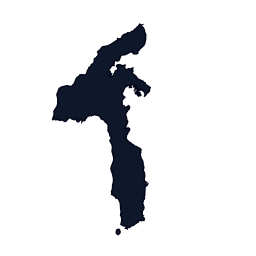 Dompu, Nusa Tenggara Barat, Indonesia, rotated 225°
{"feature_id": "22746128B31420255543838", "entity_name": "Dompu", "entity_type": "district", "adm_level": 2, "iso_a3": "IDN", "parent_name": "Indonesia", "parent_adm1": "Nusa Tenggara Barat", "projection": "natural_earth1", "projection_center": [118.191, -8.494], "detail": "fine", "context": "isolated", "style": "filled", "palette": "ink", "viewbox_px": 256, "rotation_deg": 225, "n_neighbors": 0, "source": "geoboundaries", "source_scale": "gbopen_adm2", "svg_char_len": 5975}
<svg xmlns="http://www.w3.org/2000/svg" viewBox="0 0 256 256"><g transform="rotate(225 128 128)"><path d="M187.3,80.7L186.6,81.2L186.7,82.1L186.1,82.9L185.1,82.6L184.8,83.3L183.9,83.8L183.2,84.7L181.4,85.3L180.8,86.7L176.8,88.4L176.7,90.1L177.1,91.2L176.8,92.3L177.0,93.1L176.5,94.1L175.4,94.7L174.2,94.7L172.4,95.5L171.8,96.0L171.5,97.5L171.0,98.4L170.5,98.2L170.5,97.7L169.5,96.7L167.8,97.0L167.3,97.6L167.6,99.1L167.2,100.2L167.5,100.8L167.0,101.3L166.2,101.2L165.1,100.0L165.4,101.3L164.1,102.2L163.9,102.9L164.0,103.6L165.0,104.5L164.5,105.4L165.1,106.2L164.7,107.0L164.5,108.3L165.1,109.5L163.8,109.6L162.8,110.8L162.5,110.8L162.4,112.4L161.5,112.6L161.5,113.3L160.7,114.4L159.7,114.5L159.4,115.0L157.8,115.9L156.8,116.0L156.0,116.6L155.0,116.0L154.3,116.1L153.7,115.5L151.1,116.4L150.6,117.0L149.3,116.3L147.6,116.2L146.8,116.6L143.9,116.0L140.3,112.1L138.3,111.3L137.1,111.4L136.2,110.3L134.8,109.6L133.2,109.6L132.1,107.6L131.9,106.2L127.9,105.1L125.6,103.7L122.7,100.2L117.5,97.2L115.1,94.9L112.4,88.8L111.4,87.3L109.3,85.9L106.5,84.7L102.2,81.8L100.0,79.4L98.7,77.0L96.0,74.1L94.6,71.2L93.0,70.3L92.6,69.4L91.9,70.2L90.5,69.9L89.5,70.6L86.9,69.9L85.9,70.9L84.4,71.0L80.2,69.4L76.4,66.0L73.7,64.0L71.4,60.9L69.2,60.4L68.7,59.6L67.3,58.7L64.8,54.8L62.0,55.6L60.2,57.3L59.1,56.7L58.9,55.4L58.1,56.1L57.3,56.1L57.9,57.8L56.4,59.0L56.8,60.8L55.3,62.9L55.4,64.7L54.9,65.6L54.8,67.2L54.2,68.8L54.8,69.8L54.8,70.8L52.9,72.1L52.3,73.6L51.4,73.8L52.0,75.2L52.9,75.6L55.1,75.5L55.5,76.0L55.3,76.3L55.2,75.7L55.4,76.6L56.1,76.5L57.5,77.5L59.1,79.3L59.5,81.5L60.6,83.2L64.6,85.2L65.3,86.7L66.3,87.6L66.2,88.8L66.5,89.8L68.1,91.1L68.9,92.7L70.4,93.8L70.6,94.4L74.1,98.2L74.3,99.6L74.0,101.2L74.3,101.9L74.6,100.7L75.7,100.5L76.4,101.1L76.0,102.6L78.6,102.3L79.4,102.5L81.0,103.8L81.4,104.9L83.0,106.5L84.8,107.9L87.6,109.0L88.5,110.8L89.8,112.0L91.4,112.5L92.1,113.6L94.8,115.2L97.3,115.8L101.3,118.2L101.4,119.5L102.1,119.7L103.5,121.9L104.5,122.1L109.2,120.7L110.4,119.9L111.8,119.7L112.5,120.0L114.1,119.2L114.9,119.5L115.9,119.1L119.8,118.7L120.9,119.1L121.8,119.0L124.0,121.9L124.3,123.8L125.1,125.1L125.3,125.8L125.0,126.1L125.3,126.4L125.3,127.2L126.0,128.3L126.8,128.6L127.5,128.4L128.1,128.0L128.6,126.7L128.5,125.9L129.1,125.6L129.3,126.2L129.7,126.2L130.6,125.5L130.6,126.6L130.2,127.1L131.2,128.6L131.6,128.6L131.7,129.1L131.3,129.3L132.0,130.3L132.0,131.1L132.7,132.2L133.4,132.7L134.2,132.6L136.7,134.5L137.9,134.9L139.4,136.1L140.2,137.4L140.2,139.1L140.9,140.6L140.6,141.2L140.7,142.5L141.9,144.1L143.4,144.1L143.7,143.3L143.5,142.3L144.2,141.7L144.2,140.6L144.6,140.2L145.9,140.2L146.7,140.9L147.1,140.2L148.3,140.0L151.8,143.3L152.1,147.5L154.4,147.1L155.2,147.7L155.9,147.4L156.6,148.2L157.0,148.2L157.2,149.0L157.0,149.5L158.8,154.2L158.8,155.5L158.0,158.1L157.3,159.2L156.5,159.4L155.8,157.8L155.3,157.8L155.2,158.7L154.6,159.0L155.5,159.5L155.5,160.1L156.3,161.2L155.6,162.2L154.6,162.6L153.3,160.9L152.7,161.6L152.9,162.9L151.7,164.1L151.1,163.4L151.6,162.6L151.1,161.1L150.2,160.6L150.3,161.2L149.5,161.6L149.7,162.0L149.3,162.4L148.2,162.0L148.1,161.6L147.9,161.8L147.8,162.4L148.4,162.8L148.1,163.9L146.8,164.1L146.7,163.3L146.6,163.8L146.2,163.9L146.2,163.5L145.2,165.0L144.4,164.7L143.7,165.4L143.0,164.9L141.9,165.2L141.3,164.6L139.8,164.2L138.6,161.6L138.9,163.5L138.8,164.7L139.3,166.4L138.8,167.4L139.0,169.3L140.1,170.5L140.9,172.3L146.0,171.3L147.0,171.4L147.7,172.0L148.9,171.4L150.2,171.7L155.9,169.6L159.1,170.2L163.4,169.7L164.5,170.4L164.5,171.4L166.5,172.9L166.9,173.8L167.5,173.2L167.6,171.3L169.2,170.8L170.6,167.8L171.5,167.6L172.6,168.0L173.7,168.7L174.2,169.9L174.4,169.5L174.8,170.0L176.3,167.6L177.8,167.5L178.2,166.5L179.1,166.5L180.0,165.3L180.2,164.5L179.9,163.7L177.3,163.2L176.4,161.4L176.4,160.9L177.3,159.7L175.4,154.9L175.7,153.6L176.6,152.1L177.2,151.7L178.1,151.7L178.2,153.2L178.5,153.6L178.5,154.3L178.7,154.5L179.5,154.6L180.6,154.1L180.5,155.1L180.9,155.4L182.1,155.0L182.8,155.2L183.0,155.6L182.9,157.6L183.7,160.5L182.2,162.3L183.0,162.6L183.1,163.2L183.7,163.1L183.7,164.0L184.9,165.6L184.5,166.9L182.7,168.0L182.2,169.5L184.0,173.6L184.1,175.3L182.4,177.0L181.7,178.6L181.0,180.1L180.2,183.5L177.7,185.1L176.9,184.4L176.5,184.4L174.6,186.3L173.9,187.7L174.9,188.5L175.4,189.5L175.2,191.3L175.8,192.8L175.3,194.1L175.3,196.4L175.6,197.1L175.3,197.7L175.8,199.2L178.1,203.0L181.2,206.2L182.2,207.0L183.7,207.3L185.5,208.7L188.0,209.7L189.3,209.7L190.2,208.6L191.1,208.8L191.3,209.1L191.1,210.7L191.8,209.8L193.1,209.7L192.6,207.3L192.9,206.0L192.6,204.0L193.0,202.7L192.8,200.3L193.5,199.2L194.0,196.3L195.5,195.2L195.8,193.3L197.1,190.9L197.0,188.8L196.0,186.7L197.2,184.7L198.5,183.9L197.3,182.5L197.7,182.2L198.4,179.4L199.4,174.2L200.7,171.2L203.5,167.2L203.0,163.8L203.4,160.4L201.4,159.5L200.5,158.4L200.2,155.4L200.7,153.3L198.8,151.0L198.1,149.2L198.7,147.2L197.9,144.6L198.3,143.0L197.8,142.8L197.3,140.0L195.7,137.3L195.5,136.4L196.2,134.8L197.7,133.4L198.4,133.1L199.5,131.5L199.3,129.3L199.7,127.8L199.5,126.3L197.4,121.3L197.3,117.7L198.8,115.9L199.8,115.7L201.4,114.3L204.0,109.8L204.6,107.3L201.9,101.3L198.3,99.1L194.6,95.2L193.4,92.9L192.6,89.0L192.1,87.4L189.8,85.4L187.7,81.3L187.3,80.7ZM61.6,45.3L59.7,45.6L59.3,47.3L60.0,48.9L62.3,50.1L63.5,49.2L63.8,47.7L62.4,45.8L61.6,45.3ZM144.4,159.2L144.0,158.4L143.2,158.1L143.2,158.6L142.8,159.1L143.4,159.6L142.6,159.4L142.6,159.8L142.1,159.9L142.1,160.4L143.6,160.6L144.7,161.5L145.2,161.0L144.8,160.1L145.4,158.2L144.4,158.1L144.5,158.7L144.4,159.2ZM146.6,159.9L146.4,159.5L146.4,159.9L145.8,160.0L145.8,160.3L145.4,160.6L147.4,161.3L147.5,161.7L146.9,161.8L147.3,162.4L147.9,161.7L147.6,160.4L146.6,159.9ZM177.8,154.5L178.3,153.8L178.1,152.8L177.5,153.7L177.8,154.5ZM147.8,158.2L146.8,157.7L146.7,158.0L147.3,158.7L147.2,159.6L146.7,159.5L147.2,160.0L147.5,158.3L147.8,158.2ZM147.5,160.0L148.0,159.7L147.8,159.4L147.5,160.0ZM150.4,159.6L150.3,159.1L150.1,158.7L150.1,158.9L150.4,159.6Z" fill="#0f172a" stroke="#020617" stroke-width="1.5"/></g></svg>